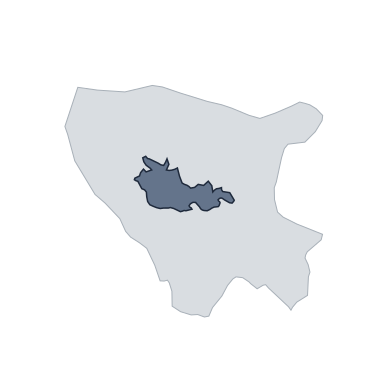 location of Gitega within Burundi, rotated 107°
{"feature_id": "BDI-2639", "entity_name": "Gitega", "entity_type": "Province", "adm_level": 1, "iso_a3": "BDI", "parent_name": "Burundi", "parent_adm1": "", "projection": "albers", "projection_center": [29.917, -3.445], "detail": "fine", "context": "in_parent", "style": "filled", "palette": "slate", "viewbox_px": 384, "rotation_deg": 107, "n_neighbors": 0, "source": "natural_earth", "source_scale": "10m", "svg_char_len": 2299}
<svg xmlns="http://www.w3.org/2000/svg" viewBox="0 0 384 384"><g transform="rotate(107 192 192)"><path d="M276.1,62.8L273.5,66.2L261.4,90.8L259.1,94.5L260.4,96.8L265.5,101.4L262.5,109.1L261.3,111.2L259.1,118.4L260.3,125.1L263.2,127.5L271.0,130.7L282.7,133.0L296.5,138.6L305.8,139.6L307.9,143.6L307.5,150.7L309.8,156.9L309.8,167.9L307.0,177.6L292.8,182.2L285.5,187.2L283.5,189.7L285.3,192.6L286.3,196.5L272.9,206.2L259.1,218.8L255.9,227.4L253.1,237.5L249.1,243.9L238.6,253.2L228.0,271.9L222.7,284.0L196.5,313.2L173.3,327.7L166.5,332.7L125.3,331.8L122.2,312.2L115.9,285.4L101.7,261.1L100.2,251.0L100.8,231.5L100.9,204.0L99.9,189.2L100.2,178.5L102.0,159.8L101.8,148.6L92.4,135.7L80.8,122.0L74.5,115.3L74.2,109.8L74.2,104.8L76.1,97.5L80.6,89.4L85.7,88.5L98.2,91.7L111.3,98.6L118.2,114.2L123.5,116.4L133.1,116.4L157.7,114.3L163.9,114.6L175.1,110.9L186.2,104.3L189.4,97.5L192.0,82.3L194.3,54.8L200.0,54.5L215.5,64.3L218.9,64.9L222.1,64.6L227.5,59.7L234.1,55.8L239.0,55.9L257.1,51.3L266.7,59.6L272.9,62.2L276.1,62.8Z" fill="#d9dde1" stroke="#a8b0b8" stroke-width="1"/><path d="M187.5,149.2L188.7,149.4L190.9,150.4L191.3,152.9L190.1,158.4L189.2,161.1L189.2,162.5L190.1,163.8L191.8,164.8L192.7,164.1L193.3,162.7L194.1,162.0L197.1,162.1L198.3,162.6L200.0,166.5L201.6,168.3L203.6,169.9L205.5,172.0L206.2,175.1L206.2,176.8L205.9,178.1L205.2,179.2L204.0,180.5L201.3,185.0L200.9,185.4L201.6,188.1L203.8,190.1L206.1,190.8L207.2,189.5L207.5,188.0L208.5,187.0L211.7,192.3L212.0,194.2L213.2,195.7L214.2,197.3L213.1,204.7L213.2,208.2L214.2,209.8L215.7,214.6L217.1,217.6L217.3,221.3L217.0,225.0L216.5,228.6L214.1,231.6L209.8,233.9L205.4,235.6L203.8,238.0L203.5,241.0L197.6,246.9L197.6,248.9L197.1,250.7L195.5,250.7L194.1,249.2L192.0,246.9L188.5,246.8L184.3,245.1L186.2,241.8L182.7,237.0L181.5,238.9L179.8,243.7L177.2,246.9L173.7,249.1L171.4,246.7L172.3,245.4L173.0,244.1L172.8,242.6L174.3,232.8L175.1,229.8L174.9,226.9L171.3,226.0L167.6,225.6L172.3,222.2L178.4,222.9L178.1,220.2L177.0,217.7L175.3,215.1L173.3,213.0L180.5,208.6L186.3,204.1L186.9,201.5L187.0,198.8L187.6,196.6L188.7,194.5L186.8,190.8L182.9,188.3L182.3,182.8L176.9,179.6L180.2,174.9L185.9,172.1L183.7,171.1L181.8,169.6L180.6,167.1L179.2,165.1L181.2,164.4L182.6,162.8L181.6,155.7L187.5,149.2Z" fill="#64748b" stroke="#1e293b" stroke-width="1.5"/></g></svg>